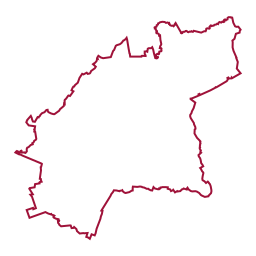 outline of Chislaz, Bihor, Romania
{"feature_id": "2599482B30270529451593", "entity_name": "Chislaz", "entity_type": "district", "adm_level": 2, "iso_a3": "ROU", "parent_name": "Romania", "parent_adm1": "Bihor", "projection": "mercator", "projection_center": [22.253, 47.272], "detail": "fine", "context": "isolated", "style": "outline", "palette": "rose", "viewbox_px": 256, "rotation_deg": 0, "n_neighbors": 0, "source": "geoboundaries", "source_scale": "gbopen_adm2", "svg_char_len": 5722}
<svg xmlns="http://www.w3.org/2000/svg" viewBox="0 0 256 256"><path d="M79.7,233.5L83.4,233.1L84.2,233.3L87.5,233.0L86.3,236.9L87.9,237.4L89.8,238.8L91.6,234.3L94.7,235.4L95.6,233.3L96.6,228.8L100.4,218.8L100.9,216.4L101.9,213.9L102.5,210.8L101.4,210.6L110.5,195.9L111.3,194.1L113.0,192.0L113.9,190.3L116.6,190.5L119.5,191.2L119.9,190.8L121.9,190.5L122.3,190.2L122.9,191.4L124.4,192.6L125.6,193.0L129.4,192.1L131.6,190.7L132.7,190.5L132.7,187.6L132.9,186.6L137.4,186.9L140.0,186.5L141.8,186.8L142.2,187.2L144.3,187.6L146.7,188.8L148.4,188.8L148.9,189.4L150.7,190.3L152.2,190.5L153.5,187.1L154.9,188.5L158.1,189.3L159.0,189.2L159.1,188.4L160.1,188.5L160.5,187.5L161.3,187.6L162.2,187.1L165.1,187.1L167.8,187.3L167.7,188.8L170.1,189.4L171.0,191.1L172.8,190.3L173.2,189.8L175.0,192.4L177.2,191.1L177.5,191.5L180.3,191.1L181.9,189.4L182.8,189.2L183.6,188.5L186.7,189.5L186.9,188.5L187.5,187.7L188.5,189.3L190.7,191.0L192.2,191.4L195.4,191.2L196.9,191.6L199.2,193.0L200.8,194.9L201.7,195.5L204.8,196.9L208.4,196.3L208.5,195.8L211.0,193.2L211.4,191.6L211.4,190.1L210.7,186.3L209.9,184.1L209.0,183.3L208.9,182.8L207.8,181.6L206.0,183.0L204.5,181.3L202.6,180.2L202.4,179.3L202.3,178.6L202.7,176.0L203.4,173.0L203.1,172.3L202.2,171.4L200.9,168.9L200.2,168.0L203.2,166.3L202.4,164.7L201.2,163.2L200.7,160.2L200.1,158.2L198.8,156.4L198.5,155.1L201.0,152.8L200.3,152.4L200.5,151.2L200.9,150.8L200.8,150.3L200.4,150.0L199.8,148.8L199.7,148.3L199.7,147.8L200.1,147.5L199.8,146.1L200.2,144.8L200.0,144.2L200.5,143.3L200.2,142.8L200.4,141.7L200.1,141.5L200.2,141.1L197.0,137.8L194.5,133.5L194.7,129.5L195.5,128.8L195.3,127.0L194.0,124.2L193.9,123.1L190.8,118.2L190.2,116.5L190.2,115.0L191.5,113.0L191.9,111.4L193.6,108.2L195.3,102.6L190.6,99.1L190.6,98.6L191.9,98.4L198.0,95.9L198.8,95.2L198.5,94.3L199.4,93.9L199.8,95.1L210.5,90.3L215.2,87.8L215.6,87.2L216.1,87.4L216.9,87.0L226.5,81.3L227.3,80.5L227.7,79.3L228.4,78.9L228.2,78.7L227.9,78.9L227.4,78.0L228.3,77.5L228.8,78.3L228.5,78.5L228.6,78.8L229.3,78.4L231.5,78.4L231.9,78.2L231.9,77.8L232.2,78.1L240.6,73.3L236.8,68.6L237.8,62.0L236.2,57.9L236.5,57.7L233.5,50.8L232.6,47.4L232.7,42.1L232.4,40.6L234.5,38.8L235.9,33.8L239.6,32.6L239.7,31.1L240.6,29.7L238.3,26.7L236.4,26.8L235.1,26.3L233.3,22.7L232.2,17.6L231.6,17.4L231.0,17.6L230.4,17.2L228.5,17.2L227.6,17.9L227.5,19.4L226.4,19.8L225.7,20.5L225.2,20.4L224.9,19.5L224.2,19.8L223.9,20.5L224.1,21.8L223.2,22.1L222.3,21.6L221.1,22.6L219.7,22.0L218.8,22.5L218.1,24.1L217.1,23.7L216.2,24.5L214.4,24.8L213.7,25.7L212.8,25.7L211.6,26.1L211.0,25.4L210.7,25.4L209.5,26.8L209.8,27.8L209.7,28.4L209.2,28.7L207.5,28.3L206.7,28.5L206.3,28.7L206.0,30.5L205.6,31.3L204.3,31.2L201.2,32.6L193.7,30.8L193.0,31.8L192.4,31.8L191.4,31.2L190.8,31.7L189.5,31.6L188.5,32.2L187.7,32.0L186.8,31.1L186.3,30.9L185.6,31.0L184.6,31.8L183.2,31.8L182.7,32.1L182.3,33.1L181.6,33.3L180.9,32.9L180.8,31.8L180.4,31.4L175.6,23.0L174.8,24.1L174.9,24.9L173.7,25.5L173.8,26.1L173.6,26.3L172.7,25.6L171.6,25.8L170.3,25.3L169.9,25.0L169.7,24.2L169.1,24.1L169.2,23.1L169.1,22.8L168.2,22.9L167.5,22.5L166.0,22.9L164.7,22.0L162.3,21.8L160.0,22.3L159.0,23.1L158.1,23.4L158.0,24.5L156.7,25.2L156.6,26.5L156.0,26.8L155.8,27.2L154.7,27.3L154.6,27.6L155.1,28.0L154.9,28.6L155.8,29.0L155.8,29.8L157.0,31.1L157.0,31.6L156.3,31.9L156.3,32.7L156.5,33.2L158.5,33.7L158.8,34.1L159.2,36.0L159.5,36.1L160.1,35.7L160.4,39.8L161.3,44.1L160.8,45.3L160.2,46.2L159.8,48.1L161.2,48.2L161.5,48.6L161.3,49.6L161.5,50.7L161.3,51.2L159.3,51.6L159.1,52.4L159.2,53.3L159.0,54.0L158.5,54.3L157.4,53.8L156.3,54.5L156.0,56.7L156.4,57.0L157.9,57.0L158.0,57.3L157.4,58.1L156.7,58.4L155.3,58.1L154.0,53.5L153.2,49.7L152.2,47.2L151.1,48.2L148.8,48.2L147.8,48.7L147.3,51.7L146.3,51.2L145.6,51.5L144.7,51.5L144.7,53.8L145.6,55.4L145.6,56.0L141.9,55.8L141.5,56.1L141.4,56.6L130.2,56.6L129.8,53.7L129.5,53.5L128.6,48.5L127.1,39.5L126.6,37.8L125.7,39.0L124.1,40.3L123.4,40.5L121.5,43.0L119.9,44.2L116.7,45.2L115.8,45.8L114.1,50.0L113.3,50.7L112.9,51.5L110.8,57.1L103.1,58.2L100.9,57.5L98.4,55.8L97.3,57.6L97.5,58.2L97.2,58.0L97.0,58.5L96.9,59.8L96.5,61.2L94.0,63.9L93.8,63.6L93.0,64.2L95.8,66.7L94.8,68.3L91.2,70.9L90.2,73.0L89.6,73.5L87.7,73.9L86.7,72.7L83.5,74.4L82.2,73.8L79.5,77.9L77.8,82.7L75.0,85.1L74.2,86.5L73.5,86.5L72.8,87.4L71.5,90.3L73.4,91.3L70.0,96.0L68.6,95.5L68.2,95.7L66.1,98.7L64.9,99.8L64.6,100.3L64.7,103.9L64.1,103.5L63.8,106.0L60.0,109.2L59.2,110.7L54.5,114.1L53.3,114.1L51.2,113.5L48.4,112.1L47.8,111.0L47.6,109.8L46.4,110.0L44.5,112.2L42.0,113.2L40.4,114.9L39.7,116.2L38.8,116.8L38.6,117.4L37.6,117.1L34.9,121.8L32.9,121.5L32.0,119.2L31.7,117.8L30.8,115.9L27.2,120.0L27.2,120.6L26.8,120.9L26.3,122.3L28.7,125.4L35.1,126.3L34.8,128.2L34.4,129.1L34.6,129.3L34.2,129.8L34.7,130.5L34.3,131.6L35.2,131.9L36.3,138.9L35.8,139.8L34.2,140.8L34.0,141.6L33.3,142.6L32.3,143.2L32.7,144.3L30.7,145.0L28.6,147.1L27.2,147.7L26.7,149.0L26.8,151.4L25.5,152.9L25.2,153.0L24.6,152.4L21.7,152.6L21.2,152.2L21.6,151.0L21.4,150.7L20.6,151.0L19.9,152.4L19.5,152.6L18.8,152.4L18.4,151.7L16.9,151.0L16.1,151.6L15.4,152.5L19.2,154.4L20.4,154.5L22.5,155.6L41.6,163.6L41.9,163.9L41.1,167.0L40.7,167.2L41.0,170.3L39.8,178.8L40.9,179.1L40.9,180.2L41.6,181.7L39.7,182.1L39.3,182.6L39.5,183.4L35.1,184.1L34.6,187.3L29.7,188.1L29.3,188.7L32.8,194.3L30.4,194.7L32.0,196.7L35.9,208.2L33.3,209.2L33.0,207.9L26.7,210.0L29.5,217.8L45.4,212.1L48.4,213.6L50.4,214.2L51.1,214.0L51.2,214.5L53.8,215.3L54.4,215.7L53.4,216.7L53.4,217.1L53.8,217.6L56.0,218.7L58.5,219.2L58.5,219.5L57.6,219.6L57.9,220.7L58.8,220.0L59.2,220.7L59.0,221.1L58.0,221.8L58.1,222.9L58.9,223.8L59.3,224.8L61.1,226.3L70.1,225.4L70.7,225.5L71.6,228.1L73.5,227.9L74.1,227.0L76.4,229.1L77.0,231.1L79.7,233.5Z" fill="none" stroke="#9f1239" stroke-width="2"/></svg>